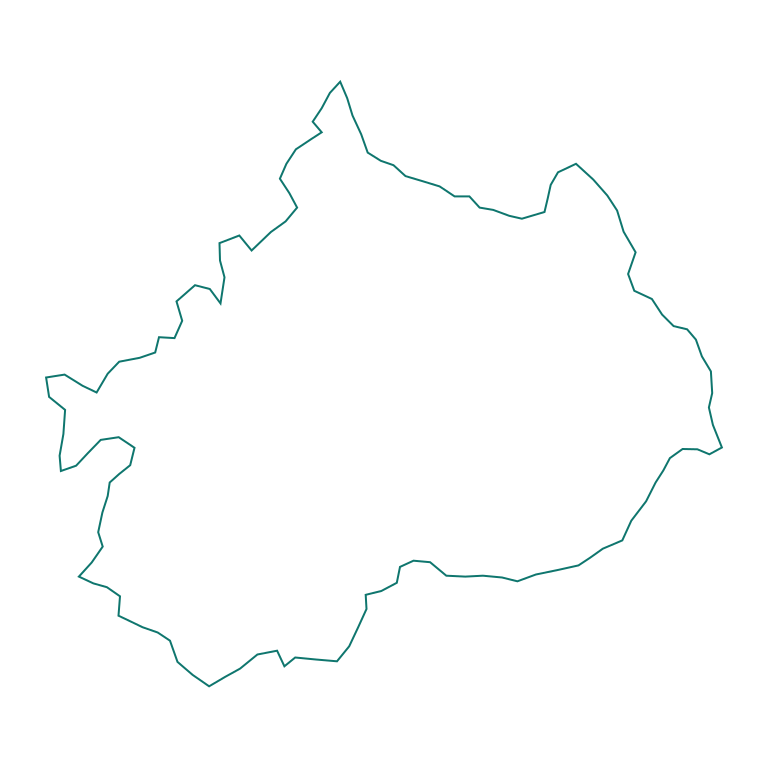 outline of Paraí, Rio Grande do Sul, Brazil
{"feature_id": "56859067B73323453228912", "entity_name": "Paraí", "entity_type": "district", "adm_level": 2, "iso_a3": "BRA", "parent_name": "Brazil", "parent_adm1": "Rio Grande do Sul", "projection": "robinson", "projection_center": [-51.795, -28.595], "detail": "fine", "context": "isolated", "style": "outline", "palette": "teal", "viewbox_px": 768, "rotation_deg": 0, "n_neighbors": 0, "source": "geoboundaries", "source_scale": "gbopen_adm2", "svg_char_len": 1765}
<svg xmlns="http://www.w3.org/2000/svg" viewBox="0 0 768 768"><path d="M177.5,661.9L192.5,674.8L209.1,686.3L225.1,676.9L240.1,668.6L257.4,654.5L277.1,650.7L284.4,666.3L295.2,657.5L315.9,659.5L337.0,661.3L349.2,646.3L358.2,627.2L366.5,609.0L365.7,594.8L381.3,591.0L396.8,582.8L400.0,566.9L413.5,560.7L430.1,562.2L446.3,575.7L465.3,576.6L482.9,575.7L502.1,577.5L517.4,581.3L535.9,574.5L558.7,569.8L578.5,565.4L590.0,557.8L602.8,548.7L622.3,540.4L631.3,520.7L646.1,501.3L655.6,482.5L663.3,470.5L669.9,458.1L682.6,449.0L697.4,449.3L709.4,454.3L721.9,447.5L712.9,424.9L708.9,407.5L712.2,393.1L710.9,371.4L701.9,356.4L695.9,339.6L687.1,329.3L673.6,326.1L662.1,314.6L651.9,299.0L634.3,290.8L628.1,274.0L635.6,252.3L623.6,231.7L617.1,210.5L607.3,195.5L593.3,179.6L576.0,163.8L558.0,172.3L550.7,184.9L547.7,198.5L544.5,212.0L521.9,218.7L509.2,215.8L493.2,209.9L479.6,207.6L469.4,196.4L454.6,196.4L439.6,186.4L422.3,181.1L405.5,176.1L393.5,165.2L380.8,160.8L367.7,152.6L361.2,134.3L352.5,115.5L347.2,98.2L340.2,81.7L329.9,92.9L321.7,108.2L312.7,121.7L321.7,132.3L311.2,139.1L295.9,149.3L286.4,163.8L279.9,178.7L289.4,193.2L297.1,207.6L285.6,221.4L270.9,232.0L251.6,250.5L239.3,235.5L219.5,243.1L220.0,260.5L224.5,277.3L220.5,303.4L209.8,289.0L195.0,285.2L176.5,301.4L182.2,320.8L174.5,338.1L159.0,337.2L155.2,352.5L139.7,357.8L119.2,361.7L107.7,373.7L96.6,392.5L82.6,385.8L64.6,374.6L46.1,377.5L49.1,396.9L65.1,409.9L63.4,434.0L59.6,455.7L60.9,471.0L76.1,465.7L87.9,453.1L100.7,439.9L118.7,437.2L134.5,447.8L130.2,465.2L119.2,474.0L109.7,482.5L107.7,496.0L102.4,512.5L98.2,532.2L102.7,546.6L91.7,562.5L78.9,576.6L93.4,583.4L106.9,587.2L120.0,596.3L118.5,615.7L131.5,621.9L142.5,627.2L157.7,632.5L170.0,640.7L177.5,661.9Z" fill="none" stroke="#0f766e" stroke-width="2"/></svg>